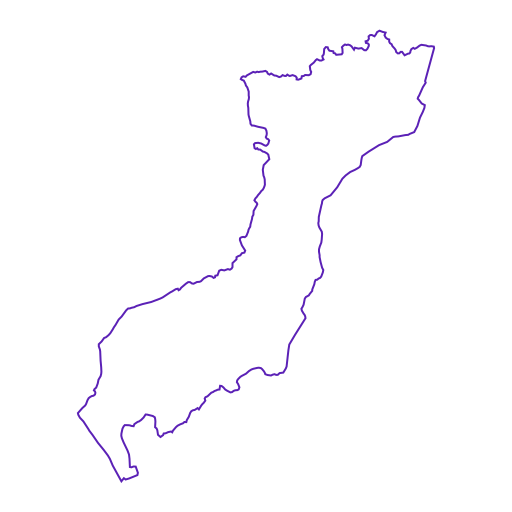 Hamisi, Western, Kenya
{"feature_id": "3690345B54311955774666", "entity_name": "Hamisi", "entity_type": "district", "adm_level": 2, "iso_a3": "KEN", "parent_name": "Kenya", "parent_adm1": "Western", "projection": "natural_earth1", "projection_center": [34.822, 0.093], "detail": "fine", "context": "isolated", "style": "outline", "palette": "violet", "viewbox_px": 512, "rotation_deg": 0, "n_neighbors": 0, "source": "geoboundaries", "source_scale": "gbopen_adm2", "svg_char_len": 5958}
<svg xmlns="http://www.w3.org/2000/svg" viewBox="0 0 512 512"><path d="M405.2,135.1L408.3,134.8L409.7,133.9L414.2,132.1L417.4,126.0L420.0,117.6L422.8,111.9L424.4,107.9L424.8,105.1L421.7,103.5L418.9,99.9L417.7,98.7L418.1,97.2L419.1,95.6L422.9,87.1L425.7,82.7L425.1,81.1L434.1,48.1L433.8,46.6L431.2,46.2L429.3,46.4L427.8,46.2L426.1,45.5L421.4,44.8L419.6,45.6L416.7,47.8L414.7,48.8L413.3,47.9L411.4,49.1L410.5,50.9L410.2,52.5L409.3,53.5L407.9,53.7L404.6,55.3L402.1,51.9L400.6,51.9L399.3,53.3L397.8,53.4L396.2,52.0L395.7,50.1L394.6,48.5L392.4,46.1L391.6,44.2L390.0,43.2L389.2,41.7L389.2,39.5L387.5,39.0L385.7,37.6L384.5,35.2L385.6,32.6L382.6,31.9L379.5,30.7L377.1,32.1L375.9,34.4L374.5,36.3L371.8,35.0L370.1,35.1L368.6,36.4L368.9,38.8L367.7,40.7L365.6,41.3L365.9,42.9L367.7,43.3L368.8,44.4L368.8,45.9L367.4,48.8L365.9,50.3L364.3,50.2L361.6,48.1L358.4,48.6L354.9,47.7L354.0,49.7L351.5,46.3L350.0,45.2L348.1,44.6L346.4,45.0L345.0,44.5L343.3,45.7L341.9,47.2L342.4,48.8L342.6,52.9L341.7,54.3L336.2,54.8L335.2,53.4L333.6,53.0L333.3,51.3L329.4,50.7L328.3,49.2L327.7,47.3L325.8,47.1L324.2,49.0L323.9,53.1L323.6,54.6L322.3,56.1L322.7,58.0L323.5,59.5L321.5,60.5L319.7,60.5L317.0,59.2L315.8,60.1L313.8,62.6L310.8,65.0L309.8,66.2L310.3,70.1L311.2,71.9L310.6,74.2L308.8,75.2L305.1,75.0L303.7,76.0L301.8,76.2L301.4,78.5L299.9,79.1L298.2,79.7L296.6,79.4L296.7,77.6L295.5,76.2L292.6,75.1L289.8,76.0L288.6,75.5L287.3,74.6L285.9,76.0L284.5,75.9L282.6,75.1L280.9,76.6L279.2,77.1L276.2,75.7L274.3,75.5L271.1,73.5L269.5,74.6L267.8,73.6L267.0,71.9L265.4,70.9L262.3,71.6L260.3,71.7L258.7,72.1L257.1,71.7L255.3,72.5L253.2,71.9L246.9,75.4L245.6,76.8L243.2,76.3L241.6,77.3L240.8,79.1L242.0,79.9L243.8,80.6L245.4,83.7L245.9,85.5L247.3,87.4L248.7,91.6L248.7,95.6L249.0,97.1L248.8,99.2L248.1,101.4L247.8,103.4L247.9,105.6L248.3,107.9L248.5,114.5L248.8,116.0L250.3,121.4L250.5,123.8L251.8,125.5L253.9,125.6L258.1,126.8L263.5,127.9L265.4,128.6L266.4,130.7L266.8,133.2L266.6,135.1L265.8,137.1L266.7,138.6L268.2,139.2L269.2,140.5L268.3,143.6L267.3,144.9L266.0,145.8L264.6,145.4L261.2,143.5L258.2,142.8L255.1,143.1L253.9,144.3L254.6,148.2L255.9,149.0L257.2,148.2L258.3,149.5L260.2,149.6L262.9,151.6L264.4,151.9L267.2,153.5L268.3,154.7L269.3,159.2L263.7,165.1L262.8,169.8L263.5,175.7L264.2,177.3L264.7,179.4L264.9,184.7L264.4,186.4L263.6,188.3L262.7,189.8L261.3,191.0L259.9,193.0L258.1,195.0L256.8,196.9L255.4,198.4L254.4,200.3L255.5,201.8L256.7,202.8L257.3,204.1L256.4,206.1L253.6,211.0L253.4,214.8L252.3,216.7L252.0,219.0L250.5,224.4L250.2,226.8L249.1,228.5L248.5,229.9L248.1,231.7L246.4,235.9L244.8,237.2L243.1,236.9L241.3,237.3L240.0,238.3L239.9,240.0L241.9,245.4L245.2,250.6L244.4,252.6L241.9,253.2L240.3,255.4L238.3,256.1L236.5,257.2L236.5,259.3L232.5,263.1L232.5,267.1L231.6,268.6L229.9,269.7L227.9,269.1L224.3,270.4L221.3,269.8L219.2,270.7L217.5,275.3L215.3,275.7L215.0,277.3L213.6,277.9L211.9,276.5L209.6,276.0L208.1,276.1L203.8,278.4L201.0,281.2L199.6,281.8L197.0,282.0L193.6,283.7L192.0,283.5L190.0,282.1L188.2,282.1L185.9,283.7L181.2,287.7L179.9,289.5L178.6,290.2L177.8,288.7L175.7,289.2L172.0,291.5L170.4,292.3L162.7,297.4L160.2,298.6L151.2,302.0L142.5,304.1L136.5,306.0L134.2,307.2L131.5,307.8L129.9,308.4L128.1,308.5L126.2,310.3L121.6,316.6L118.7,319.5L115.5,325.0L113.9,327.3L112.8,329.3L110.3,333.2L108.6,335.1L106.1,337.2L104.1,338.0L101.6,341.5L98.8,344.2L98.8,346.4L99.9,349.5L100.2,351.4L100.6,360.7L101.2,367.3L101.4,371.8L101.2,373.9L100.6,376.2L98.5,379.7L97.7,383.6L96.2,387.6L94.5,389.1L93.9,390.4L95.0,391.4L95.4,392.8L95.0,394.5L93.5,395.7L91.7,396.1L90.3,396.9L88.7,398.1L87.5,400.2L86.1,404.0L85.2,405.5L82.4,408.0L77.9,413.1L78.3,414.8L79.9,417.7L83.4,421.4L88.4,429.1L89.3,430.7L92.5,434.9L98.0,442.9L103.7,449.9L107.9,455.5L109.9,458.9L112.7,465.5L121.4,481.3L123.9,478.2L125.6,479.5L129.0,478.5L137.4,475.1L137.9,472.8L135.7,466.6L133.5,466.5L131.4,467.3L129.9,467.0L129.5,458.7L129.0,454.5L127.5,450.5L123.6,442.4L121.9,438.3L121.3,435.8L121.4,433.7L122.1,430.3L122.5,428.6L123.7,426.3L124.8,425.1L128.6,425.2L130.0,425.4L131.3,425.9L133.6,426.2L134.4,424.1L137.6,421.9L138.9,421.5L141.1,420.0L143.6,417.5L145.6,414.5L147.2,414.6L152.8,416.0L154.8,417.3L155.2,419.1L155.4,421.5L155.1,427.2L156.6,428.5L157.3,430.2L158.0,434.8L160.5,437.0L163.1,435.1L163.7,433.5L165.6,433.3L168.2,432.1L171.1,431.5L172.2,432.3L173.0,430.6L176.0,427.1L177.6,425.7L180.3,424.3L183.0,423.3L184.4,422.0L186.3,422.1L186.8,420.1L188.8,416.8L190.2,412.9L191.3,411.2L193.1,410.2L194.6,410.0L197.6,408.1L198.9,409.4L201.2,405.6L202.2,404.3L203.8,402.7L205.3,400.6L204.7,398.5L205.5,397.2L207.5,396.3L211.3,392.7L213.1,392.0L214.5,391.0L216.2,390.4L217.6,389.7L219.5,389.5L220.1,385.8L221.6,386.0L223.4,387.4L225.2,389.5L227.1,390.7L230.4,392.4L232.1,392.1L233.6,390.9L235.2,390.3L237.5,390.1L238.7,389.4L239.4,387.3L238.1,384.0L236.9,382.2L237.2,380.4L238.3,378.9L240.4,376.8L241.8,375.9L246.0,373.7L248.9,371.1L251.4,369.5L253.3,368.8L257.2,367.9L258.8,367.7L260.9,368.1L262.1,369.1L264.0,371.4L264.8,372.8L265.3,374.2L267.5,375.0L271.0,375.5L272.6,374.7L274.5,374.2L276.2,374.9L277.8,374.8L279.6,373.1L283.3,372.6L285.8,368.5L286.6,366.5L288.4,350.2L289.3,344.5L295.1,334.7L305.5,318.2L305.2,316.3L304.5,314.7L303.6,313.6L301.9,310.7L301.4,308.8L302.5,307.0L303.6,304.7L304.8,298.6L305.9,297.0L308.8,295.4L309.8,293.8L312.2,290.9L312.3,289.4L314.3,284.3L314.8,281.7L315.6,279.9L317.2,279.7L318.6,278.5L320.1,277.9L321.2,276.6L322.8,272.5L323.3,270.0L322.1,267.7L320.6,262.1L319.6,257.1L319.6,255.2L319.0,251.8L319.0,249.3L319.8,246.4L321.3,242.6L321.7,239.7L322.1,234.0L321.8,231.7L319.3,227.4L318.6,225.4L318.3,223.1L318.7,221.3L318.8,216.9L321.4,205.2L321.9,203.6L322.2,201.3L322.7,200.0L324.7,198.3L330.6,195.3L337.2,187.3L342.4,178.7L345.7,175.4L350.2,172.0L354.8,169.9L357.8,168.2L359.7,166.9L360.7,165.0L361.4,159.8L361.8,157.7L362.3,156.1L368.7,151.6L379.1,145.1L387.2,141.9L393.2,137.0L395.2,136.6L398.4,136.4L405.2,135.1Z" fill="none" stroke="#5b21b6" stroke-width="2"/></svg>